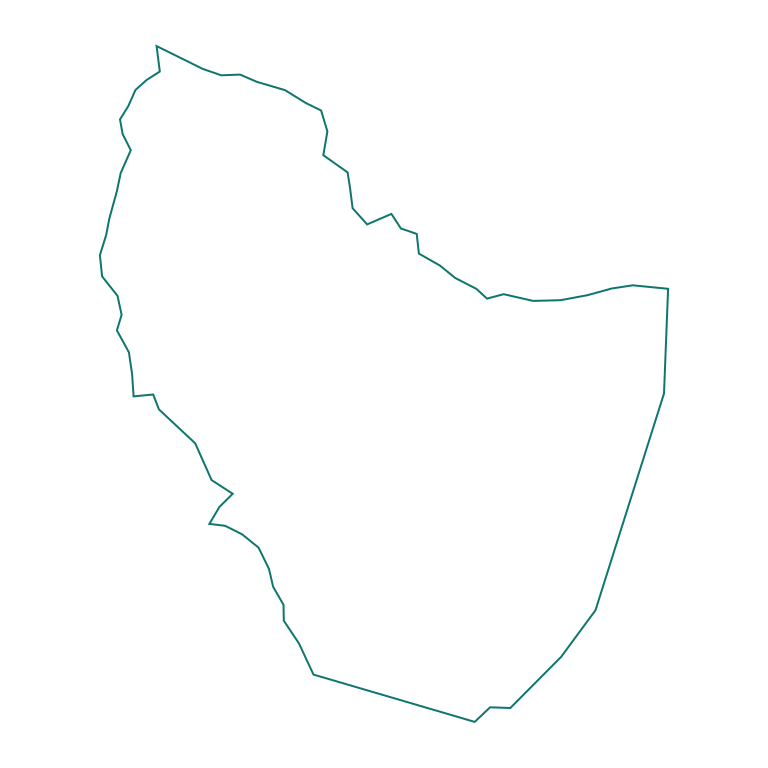 outline of Rafael Godeiro, Rio Grande do Norte, Brazil
{"feature_id": "56859067B3347721544463", "entity_name": "Rafael Godeiro", "entity_type": "district", "adm_level": 2, "iso_a3": "BRA", "parent_name": "Brazil", "parent_adm1": "Rio Grande do Norte", "projection": "albers", "projection_center": [-37.744, -6.066], "detail": "fine", "context": "isolated", "style": "outline", "palette": "teal", "viewbox_px": 768, "rotation_deg": 0, "n_neighbors": 0, "source": "geoboundaries", "source_scale": "gbopen_adm2", "svg_char_len": 980}
<svg xmlns="http://www.w3.org/2000/svg" viewBox="0 0 768 768"><path d="M595.5,610.2L664.0,393.5L668.1,288.8L632.8,285.3L611.7,288.5L587.4,295.2L560.5,300.2L533.1,300.9L503.7,294.2L487.0,298.6L476.3,288.8L455.2,278.0L440.0,265.6L418.9,253.6L416.7,233.9L400.9,228.5L391.4,213.9L367.1,224.4L352.6,208.2L350.1,188.5L347.6,172.4L323.3,155.2L327.4,131.4L321.1,110.5L305.6,102.9L285.1,90.2L257.0,81.9L240.0,74.6L221.3,75.3L202.7,68.9L180.9,58.1L156.6,46.1L159.8,71.5L146.6,80.0L135.5,89.9L128.3,106.1L120.0,119.4L122.6,134.0L130.8,150.2L120.7,173.0L116.9,191.1L109.3,218.7L106.2,234.9L99.9,255.2L102.1,276.4L117.5,295.8L121.6,314.8L116.9,330.4L128.9,352.3L132.1,374.2L133.6,396.4L153.2,394.5L158.9,409.4L195.2,443.3L211.6,480.1L232.7,493.8L219.5,506.8L209.4,523.9L225.1,525.8L242.2,534.4L258.6,547.7L269.0,569.0L273.1,586.7L283.5,604.8L283.8,620.7L299.0,643.5L313.5,674.6L474.7,721.9L490.1,707.3L510.3,708.0L561.1,656.9L595.5,610.2Z" fill="none" stroke="#0f766e" stroke-width="2"/></svg>